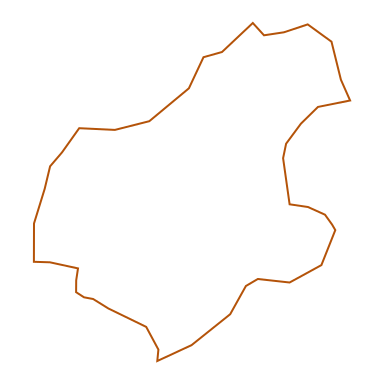 an SVG outline of Karabük
{"feature_id": "TUR-5520", "entity_name": "Karabük", "entity_type": "Province", "adm_level": 1, "iso_a3": "TUR", "parent_name": "Turkey", "parent_adm1": "", "projection": "equal_earth", "projection_center": [32.657, 41.183], "detail": "fine", "context": "isolated", "style": "outline", "palette": "amber", "viewbox_px": 384, "rotation_deg": 0, "n_neighbors": 0, "source": "natural_earth", "source_scale": "10m", "svg_char_len": 634}
<svg xmlns="http://www.w3.org/2000/svg" viewBox="0 0 384 384"><path d="M157.3,361.0L158.4,349.6L146.2,326.9L108.4,308.5L93.1,299.0L84.0,297.3L76.1,292.2L76.2,280.3L78.0,268.4L49.9,262.3L33.9,261.8L34.0,223.5L44.7,188.8L50.1,166.3L62.0,152.4L79.2,128.2L114.9,129.9L149.3,121.2L188.9,88.3L203.5,57.2L222.0,52.0L252.8,23.0L264.0,35.3L283.9,32.3L307.7,24.4L331.5,41.7L340.9,79.7L350.1,100.5L318.0,106.9L300.9,123.7L286.1,143.7L283.1,158.2L289.6,204.3L307.9,207.0L325.0,214.7L332.1,224.6L335.3,230.1L321.4,265.1L289.6,282.5L257.8,279.0L245.9,286.0L230.2,314.2L191.6,345.1L157.3,361.0Z" fill="none" stroke="#b45309" stroke-width="2"/></svg>